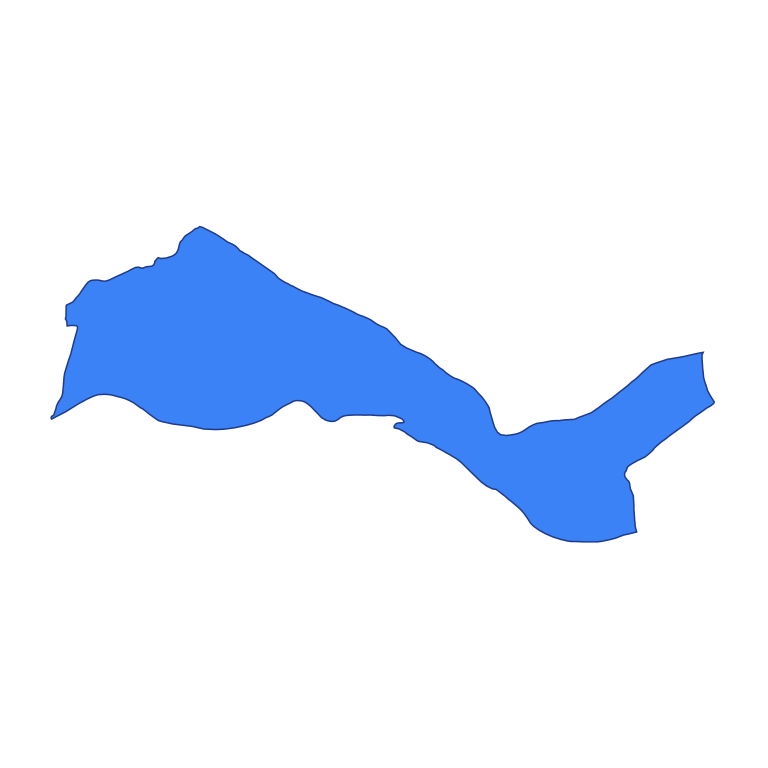 the district of Stueng Traeng, Stœng Trêng, Cambodia, rotated 273°
{"feature_id": "14789045B25849746907404", "entity_name": "Stueng Traeng", "entity_type": "district", "adm_level": 2, "iso_a3": "KHM", "parent_name": "Cambodia", "parent_adm1": "Stœng Trêng", "projection": "natural_earth1", "projection_center": [106.059, 13.658], "detail": "fine", "context": "isolated", "style": "filled", "palette": "blue", "viewbox_px": 768, "rotation_deg": 273, "n_neighbors": 0, "source": "geoboundaries", "source_scale": "gbopen_adm2", "svg_char_len": 5905}
<svg xmlns="http://www.w3.org/2000/svg" viewBox="0 0 768 768"><g transform="rotate(273 384 384)"><path d="M498.7,160.8L498.2,159.0L497.7,154.7L498.0,153.0L498.3,152.0L497.6,151.0L496.0,149.9L494.6,148.8L493.0,148.6L491.0,147.8L489.6,146.2L489.3,144.9L488.9,142.0L488.5,140.1L487.9,138.7L487.0,136.9L487.4,134.2L487.8,133.0L487.5,130.1L486.5,128.1L484.8,125.0L483.4,122.9L481.4,119.0L479.9,116.2L478.3,113.0L475.7,108.2L473.4,104.0L472.0,100.0L472.2,96.7L472.7,94.2L472.8,91.1L472.3,87.1L471.7,85.2L470.2,83.2L467.4,81.0L460.3,76.6L458.2,75.5L456.4,74.2L454.2,72.3L452.6,71.2L450.2,69.5L449.2,68.3L447.8,65.8L446.3,62.9L445.4,62.5L434.6,62.9L433.2,62.5L431.9,62.6L431.1,63.4L429.4,64.1L425.4,64.5L425.5,65.4L426.1,68.5L426.2,69.7L426.2,72.0L426.1,73.4L425.9,74.2L424.6,75.1L421.6,74.7L416.3,73.5L410.5,72.2L403.9,70.9L397.4,69.6L392.1,68.0L385.3,66.3L378.1,64.5L373.7,64.1L365.1,63.9L358.0,63.6L354.7,62.9L352.8,62.0L351.1,61.1L349.4,60.0L347.7,59.2L344.8,58.1L342.4,57.7L339.8,57.0L338.0,56.5L336.6,56.1L335.6,55.7L334.9,54.6L334.2,53.8L333.2,53.3L332.4,53.4L331.6,53.9L339.7,67.7L348.6,80.4L353.5,88.5L356.4,94.0L358.3,98.6L359.1,105.2L359.0,110.9L358.3,115.2L357.5,118.3L356.7,122.9L355.7,126.6L354.1,130.8L352.4,134.5L350.1,138.2L349.0,139.9L347.6,142.0L346.5,144.3L344.5,147.3L342.7,149.7L341.1,152.1L338.8,155.6L337.5,157.6L335.6,160.9L334.7,164.8L334.0,169.2L333.0,175.1L332.4,183.8L331.6,194.8L329.6,206.5L329.7,218.4L330.5,226.6L332.6,237.7L335.5,248.5L338.1,256.1L341.1,262.9L344.6,268.6L345.5,270.8L347.3,273.9L348.7,275.3L351.1,278.2L354.2,281.7L356.2,284.4L357.6,286.9L360.3,291.6L362.3,295.0L362.9,297.5L362.9,300.9L362.8,302.3L362.7,303.3L361.5,306.7L359.8,309.3L357.7,312.2L354.9,315.1L350.9,319.5L347.2,323.3L345.2,327.0L344.2,330.2L343.9,333.4L344.2,336.6L346.2,340.1L348.4,342.5L349.8,345.2L350.6,348.1L351.0,351.1L351.5,356.0L351.8,361.0L351.9,366.5L352.3,371.5L352.2,376.2L352.2,380.3L352.4,386.0L353.0,390.6L352.9,394.0L352.7,396.5L351.9,399.0L351.0,401.4L350.0,403.7L348.3,405.7L346.9,405.9L346.2,404.6L346.1,403.0L346.0,401.5L345.5,399.0L344.5,397.6L342.1,396.2L340.7,396.6L339.9,401.5L338.6,404.2L337.1,407.4L335.2,409.8L333.5,413.0L332.4,414.9L330.5,417.9L329.2,419.9L328.5,421.5L328.2,424.5L327.5,430.7L325.4,437.1L324.4,438.4L323.6,439.2L321.2,444.6L318.6,449.8L316.3,454.4L313.1,460.4L309.8,465.1L299.2,477.1L291.1,486.4L287.4,492.1L285.0,497.7L284.6,501.6L280.1,508.1L279.0,509.7L278.3,510.8L277.4,511.9L275.2,514.5L273.6,517.0L272.3,518.7L271.6,519.6L270.2,521.5L268.3,523.9L266.7,526.0L266.0,526.8L265.0,527.8L263.1,529.6L261.1,531.4L259.3,532.8L257.7,534.1L256.0,535.3L254.3,536.5L252.7,537.6L251.9,538.5L250.0,540.6L249.3,541.5L248.7,542.5L247.5,544.4L246.0,546.8L244.9,549.1L243.9,551.2L243.0,553.0L242.6,554.1L241.5,557.0L241.2,557.8L240.8,559.0L240.2,560.5L239.8,561.8L238.7,566.3L238.1,568.3L237.8,569.9L237.7,570.8L237.4,572.4L237.1,573.8L237.0,574.5L236.8,575.5L236.7,577.2L236.5,578.7L236.8,586.0L236.8,591.5L237.1,597.1L237.5,605.3L238.4,610.0L239.6,614.8L241.1,619.9L242.0,622.6L242.6,624.3L244.1,627.5L244.7,628.9L245.7,631.2L246.9,635.7L248.2,640.0L248.9,642.2L249.0,642.8L249.5,644.1L250.3,643.8L251.2,643.5L252.3,643.1L253.7,642.7L255.7,642.2L258.7,641.9L260.1,641.6L262.4,641.3L263.3,641.2L267.3,640.7L271.9,640.1L276.2,639.9L285.5,638.8L292.6,635.4L294.0,635.1L295.0,634.9L296.2,634.7L297.1,634.6L298.3,634.2L299.4,633.6L300.3,632.8L301.0,631.8L302.1,630.9L303.2,630.0L303.9,629.5L305.9,629.0L306.7,628.9L309.0,629.5L309.4,630.0L310.1,630.4L311.9,630.9L313.9,631.5L315.0,632.7L317.2,635.5L320.7,641.0L324.9,648.6L328.0,652.0L331.7,655.7L334.7,657.8L340.4,663.7L344.0,668.2L346.4,670.8L349.5,674.6L350.3,675.6L359.5,687.0L362.5,690.6L365.6,693.6L368.5,696.8L371.3,700.6L375.8,706.2L377.0,707.7L379.1,711.2L381.9,714.3L383.4,714.7L386.1,712.8L390.4,709.8L394.5,707.4L399.4,705.7L400.2,705.4L402.6,704.3L407.5,702.8L411.1,702.3L415.9,701.5L425.0,700.4L429.7,700.0L432.3,701.1L431.9,699.3L431.1,695.9L429.5,690.2L427.2,682.2L425.7,675.8L424.6,670.7L423.5,665.7L421.2,659.8L419.0,654.1L416.9,649.5L413.5,646.1L409.1,641.6L405.3,638.2L401.8,634.7L399.1,631.4L395.4,627.7L392.2,624.1L389.2,620.6L382.3,612.9L376.4,605.1L371.7,599.7L366.1,592.4L362.3,583.8L360.7,579.9L359.3,577.4L358.6,575.5L357.7,566.8L356.9,562.2L356.6,561.2L356.4,556.9L355.8,552.3L354.7,548.3L353.7,544.1L352.7,538.8L351.3,535.7L348.8,531.3L347.2,529.3L344.4,525.6L342.7,522.7L341.5,520.1L340.7,517.5L339.7,513.2L339.3,510.7L339.0,508.9L339.4,503.3L341.8,499.7L346.6,496.7L352.5,494.5L356.7,493.1L361.4,491.4L365.6,490.3L368.6,488.4L371.6,486.2L375.4,483.1L377.5,481.0L380.3,478.0L382.1,476.4L384.5,473.9L384.8,473.4L386.3,470.9L388.4,467.1L390.7,462.2L392.3,458.3L393.6,453.7L395.7,449.6L398.5,445.3L401.3,441.8L403.1,438.6L404.8,436.6L407.2,433.5L409.1,431.7L411.5,428.4L413.1,425.8L414.2,423.8L414.5,423.2L416.3,419.1L417.4,414.9L421.2,404.5L424.6,398.4L428.6,394.9L431.1,392.7L433.8,389.7L436.7,386.7L439.2,383.9L440.8,380.3L441.8,377.3L443.4,373.9L445.1,371.0L447.4,367.3L448.9,363.8L450.4,359.7L451.3,356.4L452.5,353.2L453.9,350.5L455.0,348.1L456.4,344.5L457.7,341.5L458.8,338.2L460.2,334.6L461.8,329.0L464.1,324.0L465.5,320.5L467.0,316.8L467.8,313.6L469.2,308.1L470.7,303.4L472.0,299.0L472.6,297.0L473.6,294.9L474.8,292.2L476.7,288.3L477.9,285.0L479.0,283.1L480.0,280.5L481.2,278.1L482.7,275.5L484.2,272.9L487.2,270.1L488.7,268.5L503.5,244.7L505.2,242.2L505.7,241.3L506.2,240.0L506.9,238.5L507.5,237.0L508.5,235.6L509.5,233.2L510.9,231.9L512.0,230.8L514.2,228.1L515.6,225.5L516.5,223.2L517.3,220.9L518.7,218.5L520.3,216.1L522.6,212.0L524.5,208.9L525.7,206.3L527.2,202.9L528.5,200.1L529.5,197.5L530.8,194.9L531.5,191.8L529.9,189.8L529.3,187.6L528.1,186.1L526.4,184.5L523.4,180.4L521.6,177.9L519.6,176.4L517.0,174.9L515.4,173.2L512.2,172.3L509.1,171.8L506.1,170.9L503.6,169.6L501.9,167.7L500.7,166.0L499.9,163.9L498.7,160.8Z" fill="#3b82f6" stroke="#1e3a8a" stroke-width="1.5"/></g></svg>